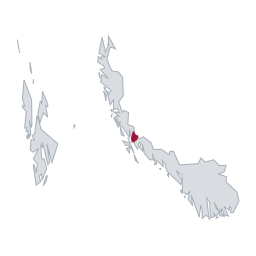 Divtasvuodna smj 1, Nordland, Norway shown in context, rotated 264°
{"feature_id": "86288312B68472629952470", "entity_name": "Divtasvuodna smj 1", "entity_type": "district", "adm_level": 2, "iso_a3": "NOR", "parent_name": "Norway", "parent_adm1": "Nordland", "projection": "natural_earth1", "projection_center": [16.254, 67.97], "detail": "fine", "context": "in_parent", "style": "filled", "palette": "rose", "viewbox_px": 256, "rotation_deg": 264, "n_neighbors": 0, "source": "geoboundaries", "source_scale": "gbopen_adm2", "svg_char_len": 7063}
<svg xmlns="http://www.w3.org/2000/svg" viewBox="0 0 256 256"><g transform="rotate(264 128 128)"><path d="M154.9,121.5L144.3,123.9L146.0,125.5L143.4,130.1L131.4,128.2L128.6,133.8L120.4,134.4L115.7,138.8L117.7,142.3L110.9,149.4L104.0,151.1L103.4,159.0L97.1,166.0L100.3,167.1L100.1,170.7L85.9,175.5L85.2,193.9L90.7,197.5L86.1,201.0L87.4,209.9L81.0,215.0L80.6,221.7L74.3,219.1L72.7,213.3L69.2,220.9L64.3,219.8L53.0,229.6L43.9,230.8L32.6,223.7L33.5,220.8L37.2,222.3L39.4,221.0L35.7,220.0L40.0,215.3L29.9,218.7L31.5,214.5L38.7,212.8L35.0,212.3L38.4,208.6L45.1,205.8L38.5,207.5L30.3,214.6L31.0,210.1L34.8,209.7L30.7,206.5L34.8,204.1L30.7,204.6L30.1,200.6L45.7,201.5L50.2,198.9L31.0,199.1L33.0,196.2L30.1,192.3L38.3,193.2L43.8,192.4L31.9,189.5L54.7,183.9L44.4,184.0L50.9,180.3L58.8,182.8L55.4,179.7L58.8,175.5L75.2,176.8L80.6,171.6L69.9,176.3L66.3,174.4L81.1,162.2L88.7,161.0L91.8,158.7L86.0,159.2L92.8,152.8L91.0,151.4L100.2,149.5L93.5,150.1L94.2,146.2L100.9,141.7L110.5,140.9L103.3,140.3L107.2,137.4L111.8,139.6L112.5,137.9L106.0,135.2L114.8,131.3L117.0,134.5L116.2,130.5L126.0,129.4L118.5,128.4L129.8,122.6L130.9,119.7L135.2,121.2L133.5,119.5L141.1,116.6L140.8,120.2L145.6,115.3L144.2,120.9L148.7,119.3L147.7,115.6L157.4,116.4L152.8,112.7L162.2,111.4L167.2,115.0L176.6,105.6L183.9,107.3L179.1,113.8L189.0,106.5L189.9,111.1L192.7,110.1L196.6,104.8L202.3,105.9L199.0,108.6L201.6,108.7L201.4,112.6L205.4,106.9L221.0,111.7L205.7,113.5L212.5,117.2L221.4,118.1L207.9,123.9L210.2,119.7L208.7,117.9L198.4,114.2L186.7,117.7L184.8,124.2L179.3,127.9L160.9,126.7L154.9,121.5ZM116.5,28.5L126.7,30.4L125.7,33.6L130.4,31.9L132.2,34.6L150.0,38.8L135.5,41.7L119.6,56.6L101.7,48.8L120.9,45.6L102.3,46.6L99.7,44.5L122.6,41.4L117.8,40.7L120.0,39.4L106.4,38.9L106.0,41.4L96.3,42.8L84.9,37.1L91.6,37.1L89.0,34.4L83.9,35.7L80.8,30.7L100.2,29.9L101.6,30.7L92.8,32.2L101.8,34.0L107.4,30.7L117.2,36.9L113.8,31.1L116.5,28.5ZM138.7,25.2L155.2,28.5L159.5,25.2L161.5,25.6L160.4,27.4L168.5,26.1L186.7,29.6L166.3,35.1L141.5,32.8L138.6,32.0L145.7,30.8L132.4,30.7L129.4,29.4L133.2,28.6L127.2,27.7L136.3,28.0L135.2,26.3L138.9,27.1L138.7,25.2ZM151.4,39.9L163.7,43.5L161.6,44.8L173.5,46.8L159.9,50.7L157.4,50.4L159.0,48.4L147.4,49.2L152.0,45.4L142.5,40.9L151.4,39.9ZM113.0,128.2L118.7,126.7L102.1,131.6L110.5,127.7L111.0,123.7L115.7,121.5L113.0,128.2ZM121.9,120.7L129.6,120.4L120.6,123.4L121.9,120.7ZM129.5,118.5L140.5,114.7L134.7,118.7L129.5,118.5ZM79.6,37.5L87.7,41.2L89.5,42.9L83.1,41.0L79.6,37.5ZM107.8,124.1L109.1,127.7L103.0,126.8L107.8,124.1ZM167.4,107.4L163.2,109.9L157.2,108.8L164.1,108.3L167.4,107.4ZM168.2,109.2L166.4,112.1L163.9,111.3L168.2,109.2ZM95.2,131.9L101.1,131.1L94.6,133.5L95.2,131.9ZM227.0,27.3L213.9,28.0L227.4,27.2L227.0,27.3ZM196.0,36.9L203.8,37.4L192.1,37.9L196.0,36.9ZM180.5,105.4L184.9,104.7L186.4,105.3L180.5,105.4ZM171.1,108.4L170.3,110.0L169.0,108.6L171.1,108.4ZM147.9,112.7L147.8,114.3L146.1,113.7L147.9,112.7ZM136.5,74.3L136.0,75.7L133.9,74.5L136.5,74.3ZM186.5,39.1L182.9,38.9L182.6,38.4L186.5,39.1ZM77.6,162.1L78.7,163.5L75.5,163.2L77.6,162.1ZM140.3,112.4L142.6,113.0L143.9,113.9L140.3,112.4ZM129.6,26.1L131.1,27.0L128.7,26.6L129.6,26.1ZM60.4,174.5L56.6,174.6L60.6,173.8L60.4,174.5ZM54.9,176.7L53.4,177.9L52.8,177.3L54.9,176.7ZM93.7,133.8L91.7,135.1L93.9,133.0L93.7,133.8ZM30.0,207.1L29.5,209.0L29.3,206.5L30.0,207.1ZM89.4,151.7L88.6,150.6L89.8,150.6L89.4,151.7ZM213.4,115.7L213.0,117.0L212.9,116.8L213.4,115.7ZM90.5,152.7L88.3,152.9L90.9,152.4L90.5,152.7ZM84.2,155.2L84.3,156.2L83.3,155.9L84.2,155.2ZM29.5,199.0L28.6,200.2L28.8,199.2L29.5,199.0Z" fill="#d9dde1" stroke="#a8b0b8" stroke-width="1"/><path d="M115.8,130.7L115.8,130.8L116.6,130.9L116.7,131.0L116.9,131.0L117.1,130.9L117.3,130.9L117.3,131.1L117.0,131.1L116.7,131.2L116.5,131.3L116.4,131.2L116.1,131.2L116.2,131.3L116.5,131.4L116.5,131.5L117.1,131.3L118.0,131.3L118.0,131.2L118.1,131.3L118.2,131.5L118.9,131.7L119.1,131.7L119.0,131.8L118.8,131.8L118.4,131.6L118.0,131.6L117.9,131.5L117.6,131.5L117.8,131.6L118.2,131.7L118.2,131.8L117.8,131.8L117.5,131.7L117.5,131.8L117.8,131.9L117.7,131.9L117.8,132.0L117.7,132.0L117.8,132.1L117.7,132.1L117.5,131.9L117.3,131.8L117.2,131.9L117.2,132.0L117.3,132.1L117.2,132.1L116.7,132.0L116.8,132.2L116.9,132.3L117.0,132.4L117.1,132.5L117.4,132.5L117.6,132.5L117.6,132.4L117.8,132.3L118.0,132.2L118.3,132.2L118.6,132.3L118.8,132.5L119.2,132.6L119.9,132.6L120.1,132.6L119.9,132.7L119.7,132.6L119.4,132.6L119.5,132.7L119.6,132.8L119.4,132.8L119.4,132.7L118.8,132.7L118.6,132.6L118.4,132.5L118.4,132.4L118.2,132.3L117.9,132.5L117.6,132.6L117.3,132.9L117.3,133.0L117.6,133.1L118.2,133.2L118.4,133.2L118.5,133.2L118.3,133.3L118.1,133.4L118.1,133.5L118.3,133.6L118.2,133.6L118.3,133.7L118.6,133.7L118.5,133.8L118.1,133.7L117.9,133.5L117.8,133.4L117.7,133.2L117.5,133.3L117.3,133.1L117.0,133.1L117.1,133.3L117.2,133.5L117.3,133.5L117.6,133.9L118.1,133.8L118.0,134.0L117.9,134.0L118.0,134.1L117.9,134.2L117.7,134.0L117.5,133.9L117.3,133.7L117.2,133.7L116.9,133.5L117.0,133.4L116.9,133.4L116.8,133.2L116.6,133.1L116.4,133.1L116.1,133.2L116.2,133.3L116.4,133.3L116.6,133.4L116.8,133.6L116.6,133.6L116.8,133.7L116.8,133.8L116.7,133.9L116.7,134.0L116.5,134.3L116.8,134.4L116.9,134.5L117.5,134.6L117.9,134.7L118.1,134.7L118.1,134.8L117.9,134.9L118.1,135.0L118.4,135.1L118.5,135.1L118.3,135.2L117.8,135.0L117.6,134.9L117.3,134.7L117.0,134.7L116.7,134.4L116.3,134.5L116.2,134.4L116.2,134.2L116.3,134.1L116.4,133.8L116.3,133.7L116.1,133.5L116.0,133.4L115.9,133.3L115.9,133.2L115.6,133.2L115.4,133.0L115.2,133.0L115.3,132.9L115.5,132.7L115.5,132.4L115.6,132.2L115.8,131.9L115.7,131.8L115.8,131.7L115.7,131.7L115.8,131.7L115.6,131.6L115.4,131.7L115.5,131.7L115.4,131.8L115.2,131.7L115.1,131.8L114.9,131.7L115.0,131.7L114.9,131.7L115.1,131.6L115.4,131.5L115.6,131.5L115.5,131.4L115.4,131.3L115.2,131.3L115.2,131.2L114.9,131.0L115.0,131.0L114.9,131.0L114.8,130.9L114.5,130.9L114.2,131.0L114.4,131.0L114.2,131.1L114.3,131.1L114.4,131.3L114.8,131.4L114.6,131.5L114.6,131.8L114.9,131.9L114.8,132.0L114.9,132.3L114.7,132.5L114.4,132.6L114.5,132.6L114.0,132.7L114.0,132.8L114.4,132.9L114.5,133.0L114.8,133.1L115.1,133.4L115.5,133.7L115.5,133.8L115.3,133.7L115.3,133.8L115.2,133.9L115.4,134.2L115.4,134.3L115.2,134.4L115.2,134.5L115.4,134.7L115.6,134.8L115.8,134.9L115.8,135.0L116.0,135.2L116.0,135.4L116.1,135.5L116.4,135.7L116.5,135.7L116.8,135.7L117.2,135.7L117.4,135.8L117.2,135.9L117.7,136.1L117.6,136.3L118.0,136.4L118.3,136.2L118.5,136.5L118.8,136.7L120.1,134.2L121.6,133.6L123.3,133.0L123.2,132.8L122.9,132.7L122.3,132.5L122.1,132.4L121.8,132.4L121.7,132.3L121.5,132.2L120.5,132.2L120.5,132.3L120.4,132.3L120.3,132.2L119.6,132.1L119.6,131.9L119.3,131.7L118.9,131.6L118.7,131.5L118.8,131.3L118.5,131.3L118.4,131.2L118.1,131.0L117.8,131.1L117.5,130.9L117.4,130.9L117.2,130.8L116.9,130.8L117.0,130.8L116.9,130.8L116.6,130.7L116.2,130.7L115.8,130.7ZM116.7,132.5L116.2,132.7L116.2,132.8L116.4,132.9L116.6,132.9L116.7,133.0L117.0,133.0L117.1,132.9L117.1,132.7L116.7,132.5ZM117.5,131.5L117.4,131.5L117.1,131.6L117.3,131.6L117.5,131.5Z" fill="#f43f5e" stroke="#9f1239" stroke-width="1.5"/></g></svg>